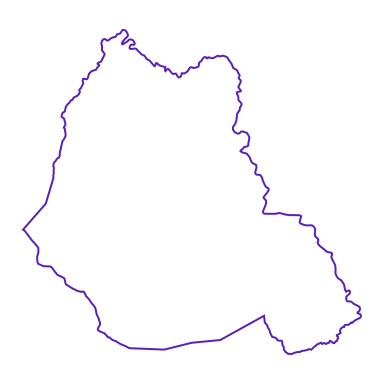 Concordia, Olancho, Honduras (Robinson projection)
{"feature_id": "27666195B67988098345344", "entity_name": "Concordia", "entity_type": "district", "adm_level": 2, "iso_a3": "HND", "parent_name": "Honduras", "parent_adm1": "Olancho", "projection": "robinson", "projection_center": [-86.696, 14.659], "detail": "fine", "context": "isolated", "style": "outline", "palette": "violet", "viewbox_px": 384, "rotation_deg": 0, "n_neighbors": 0, "source": "geoboundaries", "source_scale": "gbopen_adm2", "svg_char_len": 5844}
<svg xmlns="http://www.w3.org/2000/svg" viewBox="0 0 384 384"><path d="M129.9,348.2L164.2,349.6L191.6,342.8L220.3,340.0L264.0,315.8L264.8,322.4L267.4,325.6L267.7,327.3L269.6,330.4L270.1,332.7L272.2,336.9L275.7,337.8L276.8,338.9L277.3,340.0L277.8,340.3L279.4,340.7L281.1,340.7L281.8,341.0L282.2,341.9L282.4,344.8L283.7,346.8L283.8,349.3L285.0,351.2L285.4,351.8L288.3,353.9L289.7,353.8L291.4,354.1L292.3,353.8L293.8,353.0L297.6,352.0L299.8,352.0L301.4,351.1L306.3,350.2L309.2,349.1L311.3,349.7L314.4,346.6L315.6,345.9L316.8,344.6L321.0,342.7L322.2,344.0L323.9,343.0L324.9,343.3L325.6,343.9L326.2,343.9L327.5,343.1L329.1,342.7L329.7,341.0L329.9,340.8L330.5,341.0L333.1,343.0L334.3,343.1L334.7,342.7L335.2,341.8L336.0,341.3L336.8,341.1L337.1,340.7L337.5,339.0L338.1,338.2L338.2,337.5L337.9,336.8L336.9,335.9L336.8,335.3L337.1,335.0L339.9,333.5L340.5,333.0L340.6,332.4L340.0,331.3L340.0,330.5L340.6,329.1L341.5,328.0L342.5,327.2L344.1,327.0L344.4,325.5L344.8,325.2L346.0,324.8L348.4,324.8L349.4,324.2L350.9,322.6L351.4,322.5L351.8,322.9L352.3,322.8L353.7,321.4L355.8,319.9L359.9,317.9L360.7,316.9L361.0,315.9L360.7,314.9L360.2,314.2L359.4,313.7L358.0,313.5L357.5,313.0L357.8,312.1L359.4,310.8L359.8,310.1L359.9,308.0L359.3,306.7L353.9,303.9L351.2,301.7L349.9,301.4L347.8,301.4L347.0,301.0L346.6,300.4L346.2,298.8L346.4,296.5L349.5,293.8L350.0,292.6L349.8,291.1L349.2,290.6L348.1,290.6L347.5,290.8L346.2,291.7L345.9,291.6L344.8,288.8L344.2,285.1L343.6,283.7L341.2,280.3L339.5,279.3L337.9,278.1L337.2,277.2L336.4,275.8L335.7,274.1L335.4,272.5L335.6,269.2L335.1,265.0L331.4,257.6L331.5,256.2L332.1,254.6L332.0,253.4L330.9,252.7L327.3,251.9L326.1,251.2L324.0,249.3L320.0,246.1L317.9,243.7L317.6,242.5L318.3,240.7L318.2,239.3L318.0,238.9L315.7,236.8L315.0,235.8L314.8,233.4L315.2,231.1L315.2,229.5L314.7,228.1L313.7,226.6L312.8,225.8L311.6,225.3L306.7,225.4L303.9,224.9L300.3,223.4L299.8,222.6L299.7,221.5L301.2,216.3L300.9,215.9L299.7,215.4L298.6,215.2L289.2,215.1L284.9,214.4L279.7,213.0L275.0,213.8L268.6,213.8L264.6,213.7L263.7,213.3L263.2,212.8L263.0,212.1L263.1,211.0L265.6,204.9L266.1,202.9L266.0,200.5L263.8,198.2L263.6,197.8L263.7,197.2L264.4,195.9L266.2,193.9L267.9,191.5L268.7,190.0L268.7,188.9L268.1,188.1L266.1,187.1L265.6,186.4L264.2,183.8L262.4,179.3L262.2,177.9L260.4,175.2L259.5,174.8L257.7,174.8L256.5,174.5L255.9,174.2L255.4,173.5L255.2,172.4L256.5,167.4L256.1,164.9L252.8,163.3L251.9,162.5L251.0,160.8L249.5,157.0L247.0,153.9L246.0,153.3L242.5,152.5L240.5,151.3L240.7,150.4L242.6,149.0L244.2,147.1L247.2,146.4L248.2,145.6L248.6,141.6L249.0,140.4L249.4,137.8L249.0,136.5L248.0,134.6L247.1,133.2L246.5,132.7L242.3,131.4L241.3,131.5L239.0,133.6L237.9,133.6L236.6,133.2L234.8,132.3L233.0,129.6L232.9,127.2L233.8,125.8L235.1,124.2L236.3,120.7L237.2,113.8L239.7,109.9L239.9,107.6L241.0,105.9L241.6,104.5L241.4,103.3L238.6,100.3L238.4,99.4L238.2,96.1L237.0,93.9L236.7,93.0L236.9,92.4L237.5,92.0L240.4,91.4L240.9,91.0L240.8,90.5L238.9,88.1L238.4,87.1L239.4,84.6L240.6,82.2L240.8,80.7L240.6,80.2L239.1,78.8L238.8,78.3L238.8,77.4L239.4,76.5L239.6,75.1L237.9,72.3L237.1,70.4L236.5,69.9L233.3,68.0L231.5,63.7L228.6,59.7L227.5,57.6L226.2,56.8L223.3,55.7L219.7,56.4L217.8,55.7L213.7,57.9L212.7,58.2L211.6,58.1L208.6,57.3L208.0,57.5L207.6,58.2L207.1,58.3L206.6,58.1L205.7,57.1L204.4,57.1L202.9,58.4L201.2,61.1L200.0,61.9L199.0,63.0L198.8,65.5L198.6,66.2L198.1,66.7L197.0,67.3L193.5,68.0L191.6,67.2L190.0,67.5L187.4,71.5L184.5,73.5L181.9,73.2L181.6,73.6L181.5,74.7L180.9,76.2L179.9,77.3L178.9,77.5L178.4,77.1L177.6,76.3L175.9,73.6L175.0,73.6L173.7,74.0L172.5,73.7L171.7,72.9L168.9,69.4L168.4,69.1L167.9,68.9L167.3,69.1L165.4,71.1L165.0,70.3L164.9,69.2L165.4,67.2L159.9,65.6L158.9,64.9L156.8,63.1L156.4,63.0L156.1,63.3L155.0,65.9L154.4,66.2L149.8,60.8L146.6,58.9L144.4,55.6L142.7,55.0L141.2,54.1L139.5,52.2L138.0,50.9L136.3,48.8L134.5,48.5L131.4,49.1L130.0,48.7L129.6,48.2L129.6,47.3L129.9,46.1L130.6,45.1L131.6,44.6L134.1,44.8L134.6,44.1L134.7,43.2L134.2,42.1L133.2,40.6L132.6,40.0L130.6,39.4L129.1,39.6L127.2,41.6L124.6,43.0L122.9,44.4L122.3,44.2L121.9,43.4L122.5,41.9L125.0,38.8L127.4,36.6L127.7,36.0L127.9,35.3L127.5,33.4L126.1,31.2L125.0,30.3L123.2,29.9L122.3,30.2L120.3,33.4L117.1,34.4L115.8,36.5L115.1,37.0L113.5,37.2L110.7,38.4L109.1,39.8L107.7,40.6L106.9,40.5L105.8,39.5L104.5,39.0L103.3,39.4L102.1,40.7L101.3,43.5L102.1,46.0L101.9,50.2L104.4,53.6L104.7,54.3L101.2,61.4L100.6,61.9L98.2,62.8L97.6,63.3L97.6,63.9L99.1,65.1L99.2,65.7L97.5,67.2L96.0,69.7L91.8,71.1L89.8,72.8L89.0,74.0L87.9,77.7L86.9,79.2L86.4,79.3L83.7,78.7L83.0,79.0L82.5,80.9L83.3,82.3L83.2,83.3L81.1,87.8L79.3,89.8L79.3,90.5L79.9,91.8L78.9,94.2L77.3,95.8L73.7,97.6L73.0,99.0L72.1,100.0L70.8,100.4L69.3,102.8L67.7,104.2L66.0,106.5L65.3,108.9L65.0,111.2L64.0,112.0L62.9,112.6L62.5,113.1L61.7,115.3L61.6,116.8L62.4,117.5L63.5,118.0L64.0,118.5L65.3,123.3L65.3,125.2L63.9,127.3L64.0,127.9L64.6,128.4L64.9,129.2L65.0,130.5L65.6,134.0L65.5,136.0L65.0,137.4L62.3,141.7L61.6,145.0L61.1,146.7L60.7,149.5L59.8,152.0L59.8,154.7L59.2,157.1L58.6,157.9L57.7,158.2L56.9,158.9L55.6,161.0L54.1,162.5L53.4,164.7L53.3,165.8L53.8,167.2L53.9,168.3L53.6,170.4L53.8,172.8L53.3,175.7L53.4,178.0L45.8,203.6L23.0,229.7L24.0,230.2L25.1,231.3L32.3,240.8L34.1,242.6L38.1,247.5L38.4,248.7L38.4,251.5L38.1,253.6L37.2,256.6L37.1,257.7L37.5,262.3L38.2,263.8L43.5,266.2L46.3,266.2L47.5,266.4L49.3,266.3L51.0,266.8L52.1,267.8L54.8,271.7L57.7,275.1L61.5,276.7L64.1,278.2L64.7,279.4L65.6,283.8L66.1,284.5L73.1,288.8L75.0,289.6L76.9,290.7L81.1,291.9L83.3,291.5L84.3,292.4L86.1,296.1L89.1,299.4L91.4,302.9L94.1,306.0L95.5,308.5L96.6,314.1L98.5,318.2L100.1,323.2L99.9,324.8L98.4,327.4L97.9,328.7L97.8,329.7L98.1,330.4L101.8,332.3L104.3,333.2L106.6,335.5L107.6,337.0L108.3,337.3L109.3,337.4L112.4,339.9L115.9,341.2L120.4,344.0L126.0,346.3L128.3,347.7L129.9,348.2Z" fill="none" stroke="#5b21b6" stroke-width="2"/></svg>